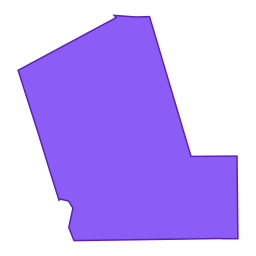 Liberty, Texas, United States of America (Natural Earth projection)
{"feature_id": "52423323B64688263814776", "entity_name": "Liberty", "entity_type": "district", "adm_level": 2, "iso_a3": "USA", "parent_name": "United States of America", "parent_adm1": "Texas", "projection": "natural_earth1", "projection_center": [-94.842, 30.189], "detail": "fine", "context": "isolated", "style": "filled", "palette": "violet", "viewbox_px": 256, "rotation_deg": 0, "n_neighbors": 0, "source": "geoboundaries", "source_scale": "gbopen_adm2", "svg_char_len": 345}
<svg xmlns="http://www.w3.org/2000/svg" viewBox="0 0 256 256"><path d="M74.0,240.6L220.3,238.5L223.0,238.7L237.9,238.7L237.0,156.1L191.0,156.4L149.5,16.6L136.0,17.0L114.2,15.4L116.2,17.6L18.1,70.3L39.1,136.0L51.2,175.3L59.0,200.2L60.3,199.1L68.5,201.0L72.9,208.1L68.8,227.5L74.0,240.6Z" fill="#8b5cf6" stroke="#5b21b6" stroke-width="1.5"/></svg>